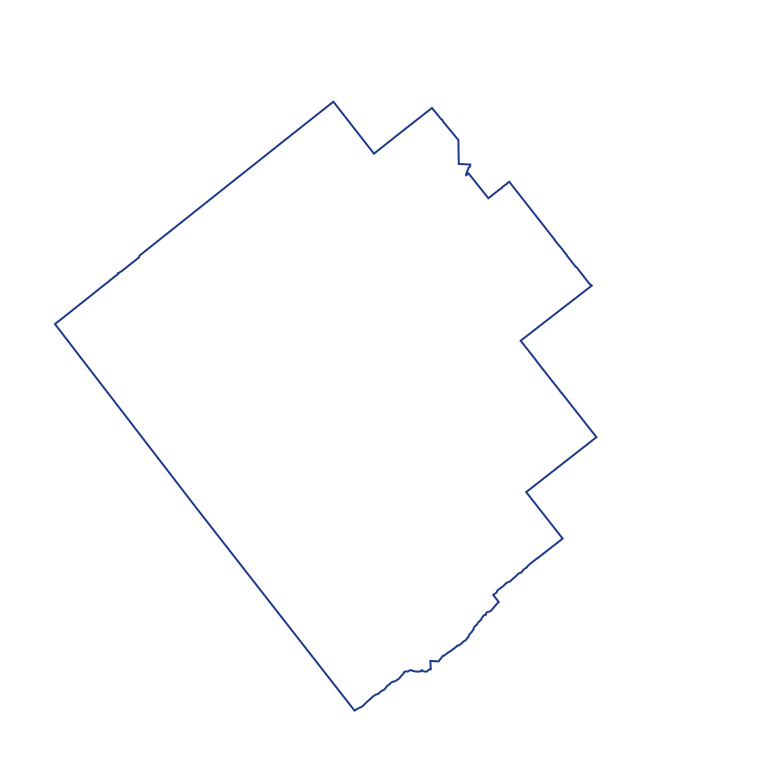 Southern Mallee, South Australia, Australia, rotated 142°
{"feature_id": "25037944B47874528632088", "entity_name": "Southern Mallee", "entity_type": "district", "adm_level": 2, "iso_a3": "AUS", "parent_name": "Australia", "parent_adm1": "South Australia", "projection": "equal_earth", "projection_center": [140.616, -35.367], "detail": "fine", "context": "isolated", "style": "outline", "palette": "blue", "viewbox_px": 768, "rotation_deg": 142, "n_neighbors": 0, "source": "geoboundaries", "source_scale": "gbopen_adm2", "svg_char_len": 5926}
<svg xmlns="http://www.w3.org/2000/svg" viewBox="0 0 768 768"><g transform="rotate(142 384 384)"><path d="M608.3,144.8L604.3,144.3L600.4,143.4L598.2,143.4L593.1,144.0L587.9,144.3L585.5,144.5L582.3,144.4L579.0,143.3L576.9,143.7L571.2,143.1L567.2,144.2L564.6,144.0L562.4,144.3L560.5,144.0L558.4,143.0L554.4,142.6L552.8,142.6L551.6,143.1L546.7,143.8L546.1,144.4L545.3,144.6L543.7,144.1L542.2,142.7L539.7,142.5L538.9,141.9L538.1,140.3L536.4,138.3L533.7,135.9L533.0,135.8L531.7,134.8L530.6,135.3L529.8,133.6L529.4,133.2L529.3,132.6L527.2,131.0L525.2,131.3L523.7,131.1L523.4,130.7L522.8,130.4L518.0,137.2L515.1,134.7L514.5,134.2L511.7,131.8L509.8,132.4L509.1,132.4L507.3,132.9L506.2,133.3L504.9,133.6L504.3,133.0L498.1,132.9L495.3,132.5L494.4,132.6L491.1,132.4L488.4,132.5L487.8,132.7L487.0,132.6L486.6,132.2L485.6,131.8L485.1,131.9L482.2,131.8L481.2,132.1L476.8,131.9L476.6,131.9L474.4,132.7L473.4,132.4L471.6,133.9L467.1,134.7L466.3,135.1L464.8,135.4L464.0,136.1L463.1,136.5L462.5,136.9L461.3,137.1L460.0,137.1L459.3,137.3L459.0,137.2L456.2,138.2L455.1,138.2L454.4,138.5L452.6,138.3L451.7,139.1L448.5,140.1L447.5,140.2L445.9,139.4L445.4,139.7L445.0,140.4L444.1,140.7L442.8,140.6L441.3,139.8L439.4,139.4L429.9,141.4L427.8,141.6L427.8,150.5L423.9,150.4L421.4,151.5L414.1,151.4L410.1,151.9L406.4,150.9L405.8,151.0L405.0,150.9L404.0,151.1L398.5,151.3L395.8,151.7L394.2,151.8L392.2,151.0L391.8,151.0L390.9,151.3L390.3,151.2L388.0,151.9L385.9,151.8L385.0,151.5L384.6,151.5L383.7,151.9L382.5,152.1L382.2,152.1L380.8,152.3L370.8,152.4L370.6,152.2L370.3,152.2L369.6,152.2L369.2,152.2L338.4,152.2L338.5,211.3L310.8,211.3L292.4,211.3L270.3,211.3L249.3,211.3L249.4,223.4L249.4,223.7L249.4,224.0L249.4,224.7L249.4,225.3L249.4,225.7L249.4,225.8L249.4,226.3L249.4,226.7L249.4,227.2L249.4,227.6L249.4,228.5L249.5,228.8L249.4,229.0L249.5,267.6L249.6,267.8L249.7,268.1L249.7,269.0L249.7,269.6L249.6,269.9L249.6,270.2L249.6,270.6L249.6,271.5L249.6,271.9L249.6,272.3L249.6,272.6L249.7,285.5L249.7,297.4L249.7,297.7L249.9,298.1L249.7,298.2L249.7,298.4L249.7,299.2L249.7,302.5L249.6,318.8L249.7,334.0L224.8,333.9L200.1,333.8L159.7,333.6L159.7,334.0L159.9,334.5L160.1,335.1L160.3,335.7L160.4,336.0L160.4,357.8L160.8,358.5L160.8,372.6L160.6,373.2L160.6,373.6L160.5,373.9L160.6,374.8L160.6,382.9L160.6,383.5L160.7,384.1L160.8,384.9L160.9,393.1L160.7,393.3L160.7,401.1L160.7,401.3L160.8,465.4L160.8,465.8L160.7,466.1L161.4,466.3L161.9,466.3L162.4,466.3L162.7,466.3L163.1,466.3L163.4,466.3L164.3,466.2L164.5,466.2L165.0,466.2L165.4,466.2L166.2,466.2L167.1,466.2L167.5,466.3L168.4,466.4L168.7,466.5L168.8,466.5L169.0,466.4L169.7,466.2L170.6,465.9L170.9,465.9L171.0,465.9L171.4,466.0L171.7,466.1L171.9,466.2L187.4,466.1L187.7,497.9L190.8,497.9L190.8,498.0L190.5,498.4L190.2,498.7L189.8,498.9L189.4,499.2L189.1,499.3L184.8,502.0L184.4,502.3L182.3,502.4L180.9,503.8L189.6,511.4L175.3,530.3L175.2,530.4L175.2,531.2L175.2,531.7L175.3,532.9L175.3,533.5L175.4,538.3L175.4,538.9L175.5,542.5L175.6,543.6L175.6,544.2L175.6,545.1L175.6,545.6L175.7,548.3L175.7,548.7L175.7,549.7L175.7,551.2L175.8,552.3L175.8,553.9L175.8,554.9L175.6,555.2L175.6,555.5L175.5,556.5L175.9,556.9L175.9,557.4L176.0,559.1L176.0,560.5L176.0,560.9L176.0,562.1L176.0,562.5L176.1,564.0L176.1,564.5L176.1,565.0L176.1,566.8L176.2,568.0L176.2,568.6L176.3,571.0L176.3,572.0L217.1,571.9L250.1,571.7L250.1,594.4L250.1,637.6L317.3,637.2L352.7,636.9L384.1,636.7L441.5,636.2L497.7,635.7L497.8,635.6L498.2,635.2L498.7,634.8L499.1,634.6L499.3,634.6L500.1,634.6L500.9,634.6L501.6,634.5L501.8,634.6L502.7,634.6L503.1,634.6L504.0,634.6L504.4,634.5L505.0,634.5L505.4,634.6L505.7,634.5L506.0,634.5L506.5,634.5L507.0,634.5L507.8,634.5L508.6,634.5L509.2,634.5L510.1,634.5L510.4,634.5L511.3,634.5L511.8,634.5L512.5,634.5L512.8,634.5L513.5,634.5L514.3,634.5L515.0,634.5L515.5,634.5L516.4,634.4L517.3,634.4L518.0,634.5L518.9,634.5L519.0,634.5L519.9,634.4L520.2,634.5L520.5,634.4L520.8,634.5L521.0,634.5L521.4,634.4L521.8,634.5L522.4,634.6L523.0,634.7L523.6,634.6L524.0,634.7L524.7,634.8L525.3,635.1L525.6,634.6L525.9,634.4L526.3,634.4L526.6,634.4L527.0,634.4L527.9,634.4L528.3,634.4L528.8,634.4L529.6,634.4L531.0,634.4L531.5,634.4L531.8,634.4L532.1,634.4L532.8,634.4L533.5,634.4L534.1,634.4L534.4,634.4L535.7,634.4L536.3,634.4L536.7,634.3L537.3,634.3L537.8,634.3L538.4,634.3L538.6,634.3L539.0,634.3L539.4,634.3L539.6,634.3L539.8,634.3L540.0,634.3L540.5,634.3L541.2,634.3L542.0,634.3L542.9,634.3L543.1,634.3L543.4,634.3L543.9,634.3L544.1,634.3L544.3,634.3L544.5,634.3L545.0,634.3L545.6,634.3L545.8,634.3L546.4,634.3L546.9,634.3L547.4,634.3L547.8,634.3L548.1,634.3L548.4,634.3L548.6,634.2L548.9,634.2L549.0,634.2L549.8,634.3L550.1,634.3L551.0,634.2L551.6,634.2L551.8,634.2L552.1,634.2L552.8,634.2L553.6,634.2L554.3,634.2L555.2,634.2L555.5,634.2L556.3,634.2L557.2,634.2L557.6,634.2L558.4,634.2L558.7,634.1L559.3,634.1L559.8,634.1L560.7,634.1L560.8,634.1L561.0,634.1L561.3,634.1L561.9,634.1L562.2,634.1L563.1,634.1L564.0,634.1L564.6,634.1L565.5,634.1L566.2,634.1L566.6,634.1L567.4,634.1L567.6,634.1L568.0,634.1L568.5,634.0L569.1,634.0L569.7,634.0L570.1,634.1L570.9,634.1L571.4,634.0L571.6,634.0L572.4,634.0L573.0,634.0L573.6,634.0L573.8,634.0L574.1,634.0L574.4,634.0L574.6,634.0L575.0,634.0L575.4,634.0L575.9,634.0L576.5,634.0L577.3,634.0L578.1,634.0L578.3,634.0L579.3,634.0L579.7,634.0L580.2,634.0L581.1,633.9L581.4,633.9L582.1,634.0L582.8,634.0L583.3,634.0L583.6,634.0L583.9,634.0L584.7,633.9L585.3,633.9L585.8,633.9L586.3,633.9L586.5,633.9L587.9,633.9L588.4,633.9L588.9,633.9L590.0,633.9L592.2,633.9L592.7,633.9L593.0,633.9L593.8,633.8L594.3,633.8L595.2,633.8L595.9,633.8L596.6,633.9L597.5,633.8L597.8,633.8L598.3,633.8L598.6,633.8L598.8,633.8L599.0,633.8L599.3,633.8L600.1,633.8L600.6,633.8L601.4,633.8L601.9,633.8L602.5,633.8L602.9,633.8L603.3,633.8L603.7,633.8L604.4,633.8L605.0,633.8L605.7,633.8L606.0,633.7L606.4,633.7L608.2,398.9L608.2,390.0L608.3,144.8Z" fill="none" stroke="#1e3a8a" stroke-width="2"/></g></svg>